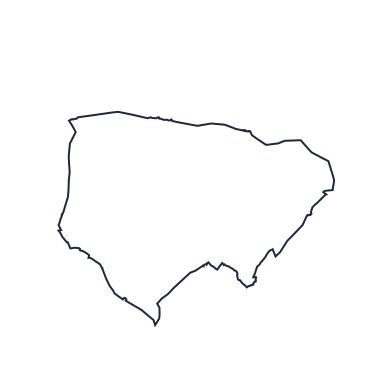 outline of Gol nor, Buskerud, Norway, rotated 339°
{"feature_id": "86288312B77514254220313", "entity_name": "Gol nor", "entity_type": "district", "adm_level": 2, "iso_a3": "NOR", "parent_name": "Norway", "parent_adm1": "Buskerud", "projection": "mercator", "projection_center": [9.017, 60.751], "detail": "fine", "context": "isolated", "style": "outline", "palette": "slate", "viewbox_px": 384, "rotation_deg": 339, "n_neighbors": 0, "source": "geoboundaries", "source_scale": "gbopen_adm2", "svg_char_len": 5749}
<svg xmlns="http://www.w3.org/2000/svg" viewBox="0 0 384 384"><g transform="rotate(339 192 192)"><path d="M144.0,88.7L129.0,85.3L112.3,81.4L111.9,81.5L111.1,82.0L110.8,82.1L110.4,82.2L110.1,82.2L109.1,81.7L108.4,81.7L107.5,81.8L106.6,81.3L106.3,81.0L106.1,81.0L105.9,81.1L105.8,81.3L105.6,81.3L105.3,81.1L104.7,81.0L104.3,81.0L103.7,81.1L103.1,81.4L102.8,81.4L103.8,86.4L104.3,89.5L104.5,91.0L104.9,94.4L95.3,103.1L94.2,105.6L93.2,107.3L93.0,107.9L92.7,108.3L89.3,115.5L89.0,116.4L88.2,119.1L87.4,121.3L86.6,124.2L86.1,125.9L85.7,127.1L84.8,129.9L81.4,136.5L80.2,139.3L78.2,144.1L77.2,146.3L76.9,146.8L76.6,147.6L75.7,149.5L75.5,149.9L75.2,150.4L74.8,151.3L74.3,152.3L68.5,159.7L66.9,161.8L65.9,163.1L65.7,163.4L64.0,165.4L63.4,165.9L63.1,165.8L62.2,166.7L62.4,167.0L59.9,169.9L59.1,170.7L58.9,171.1L56.7,174.0L56.0,174.4L55.6,175.3L56.2,180.6L53.6,180.2L54.3,182.3L54.9,187.6L57.2,194.3L57.3,194.4L57.5,194.4L57.8,194.3L58.0,194.4L58.1,198.4L58.2,201.1L60.6,201.6L62.5,202.0L66.4,203.9L67.0,204.9L66.4,205.6L66.9,206.7L68.9,207.9L72.0,211.9L73.3,214.2L71.9,216.3L72.0,216.3L73.1,216.8L74.3,218.0L80.3,226.7L80.5,228.8L80.9,231.1L80.7,231.1L80.8,232.6L80.8,242.2L81.4,249.9L82.8,254.9L83.1,256.2L83.1,256.6L83.2,257.2L83.4,259.0L83.7,259.4L86.0,263.1L87.7,265.6L88.9,267.5L89.7,267.0L90.1,266.7L90.4,266.6L91.2,266.7L91.3,266.7L91.4,266.8L91.6,267.2L91.6,267.5L91.7,267.8L92.1,268.4L92.2,268.5L91.7,268.9L91.2,269.5L91.2,269.8L91.7,270.0L91.9,270.6L92.4,271.3L97.0,277.1L101.5,282.6L102.2,283.6L102.5,283.9L104.2,287.0L104.6,287.7L107.4,292.8L108.2,294.3L108.9,295.4L109.3,296.2L110.2,297.6L110.1,299.7L110.0,300.9L109.9,303.0L116.1,298.3L118.2,293.9L118.9,291.8L119.1,291.2L119.3,290.7L120.1,288.6L120.0,287.1L119.5,283.7L120.8,283.1L121.9,282.6L122.7,282.1L124.6,281.2L125.6,280.6L126.6,280.4L127.6,280.1L131.7,279.0L132.7,278.7L132.9,278.7L140.6,275.0L161.4,266.7L166.9,266.7L175.6,264.8L175.6,265.1L175.8,265.3L176.0,265.4L176.0,264.9L176.0,264.6L178.9,264.3L179.7,264.1L179.8,264.9L180.7,264.0L182.1,263.5L182.3,263.8L182.4,264.1L182.6,264.8L182.7,265.3L182.8,265.7L183.1,266.3L183.2,266.7L183.5,267.4L183.7,267.6L184.1,268.0L184.2,268.3L184.4,268.4L185.1,269.2L185.2,269.4L185.8,270.4L186.0,270.8L186.2,271.0L186.4,271.3L186.5,271.5L186.5,271.9L186.5,272.0L186.8,272.3L187.7,273.5L189.2,272.6L190.3,271.7L191.4,271.1L191.6,271.0L192.3,270.5L192.7,270.2L193.1,270.0L194.7,269.1L194.9,269.4L194.9,269.6L194.6,269.8L194.4,269.7L194.7,269.9L195.0,269.8L195.0,270.3L195.1,270.5L195.5,271.6L196.5,271.3L196.8,272.1L197.7,273.2L198.1,273.6L199.0,274.1L199.4,274.4L199.6,274.7L200.2,275.5L201.2,276.9L201.5,277.2L202.0,277.8L202.4,278.2L202.6,278.4L202.9,279.0L203.0,279.3L203.1,279.5L203.1,279.8L203.2,280.0L203.3,280.2L203.4,280.4L203.8,280.6L204.0,280.8L204.7,281.2L204.8,281.5L205.0,282.2L205.1,282.5L205.1,283.1L205.2,283.4L205.3,283.6L205.3,284.0L205.2,284.3L204.7,285.1L204.6,285.7L204.5,286.0L204.1,286.3L204.1,286.5L204.1,286.9L203.8,288.6L203.6,289.3L203.6,289.6L203.6,290.0L203.8,290.5L204.0,290.8L204.3,291.0L205.0,291.4L205.1,291.6L205.3,291.8L205.2,292.1L205.3,292.3L205.5,292.8L205.7,293.1L205.8,293.6L205.8,294.0L206.0,294.3L206.1,294.8L206.4,295.3L206.7,296.1L207.0,296.5L207.2,296.9L208.1,298.4L208.6,299.7L209.0,300.7L209.7,300.5L210.1,300.3L210.3,300.3L210.9,300.1L211.6,300.2L212.0,300.3L212.8,300.3L213.0,300.2L213.1,300.3L213.4,300.2L213.7,300.3L214.1,300.2L214.5,300.3L214.8,300.5L215.1,300.6L215.8,300.5L215.9,300.4L215.9,300.2L216.0,300.2L216.3,299.9L216.3,299.6L216.5,299.5L216.8,299.3L216.8,299.2L217.1,299.1L217.2,298.8L217.4,298.7L217.7,298.6L217.9,298.4L218.0,298.4L218.2,298.2L218.4,298.3L218.6,298.3L218.8,298.4L219.2,298.4L219.4,298.4L219.5,298.3L219.8,297.9L219.7,297.2L219.8,297.0L219.8,296.9L220.0,296.8L220.9,295.1L221.2,294.8L221.3,294.6L221.0,294.3L220.7,294.1L220.0,294.0L219.4,293.7L218.7,293.6L219.2,292.8L220.0,292.0L220.5,291.7L220.8,291.5L220.8,291.4L221.0,291.1L221.5,290.7L224.2,287.3L226.1,285.0L228.4,284.2L229.7,283.4L231.4,282.1L232.2,281.8L233.6,281.1L235.4,280.0L236.7,279.4L237.8,278.4L239.5,277.1L240.2,276.5L241.8,275.4L243.8,274.6L245.3,274.5L246.5,274.5L246.8,274.4L246.8,277.4L246.9,279.5L246.9,282.1L248.9,281.3L249.5,281.0L251.1,280.4L252.6,279.8L263.4,271.8L265.6,270.8L267.8,269.8L268.3,269.6L276.2,265.9L283.3,262.5L290.3,255.8L290.4,255.7L290.5,255.7L290.7,255.4L291.5,255.0L291.7,254.9L291.8,255.0L292.0,255.4L292.2,255.5L292.5,255.5L293.3,255.3L293.5,255.4L293.6,255.7L294.0,255.7L294.2,255.8L294.4,255.6L294.5,255.7L294.8,255.6L294.8,255.4L295.0,255.2L295.5,255.1L295.4,254.9L295.7,254.1L295.9,253.8L296.0,253.3L296.2,252.8L296.6,252.2L296.8,251.9L297.8,251.1L298.0,250.7L298.2,250.4L298.5,250.0L298.6,249.7L301.7,248.1L303.6,247.5L304.1,247.4L304.4,247.3L315.1,242.5L315.8,242.4L316.4,242.4L314.5,239.1L315.3,238.8L316.4,238.6L316.8,238.6L324.0,240.6L325.9,237.1L326.9,235.6L328.9,232.0L329.4,227.1L329.6,224.0L330.0,218.4L330.4,212.1L328.1,209.5L326.8,208.1L318.0,198.1L316.9,195.6L312.0,182.6L296.8,177.4L289.8,177.5L278.1,174.6L271.6,165.4L268.4,160.6L268.2,158.5L268.2,157.7L268.0,156.7L268.1,156.4L267.6,156.2L267.6,155.8L267.4,155.6L267.0,155.4L266.8,155.3L266.6,155.3L266.3,155.6L264.4,154.7L263.9,154.4L264.0,154.3L264.2,153.9L263.3,153.1L262.3,152.6L262.1,153.2L255.2,148.6L253.8,147.2L246.8,141.0L234.7,135.0L220.6,132.1L205.0,122.5L202.6,121.0L198.9,118.5L198.9,117.3L198.8,116.9L198.6,116.8L198.4,116.8L197.8,117.1L197.2,117.2L196.2,117.0L195.9,116.9L195.7,116.8L195.3,116.3L195.1,116.0L194.9,115.8L192.9,115.0L192.3,114.9L191.7,114.6L189.0,112.4L187.5,111.5L187.5,111.4L187.8,111.1L187.8,110.4L186.9,110.1L185.0,110.3L181.2,108.6L180.1,107.4L177.0,107.2L164.5,98.8L152.4,91.1L151.2,90.5L150.8,90.4L144.0,88.7Z" fill="none" stroke="#1e293b" stroke-width="2"/></g></svg>